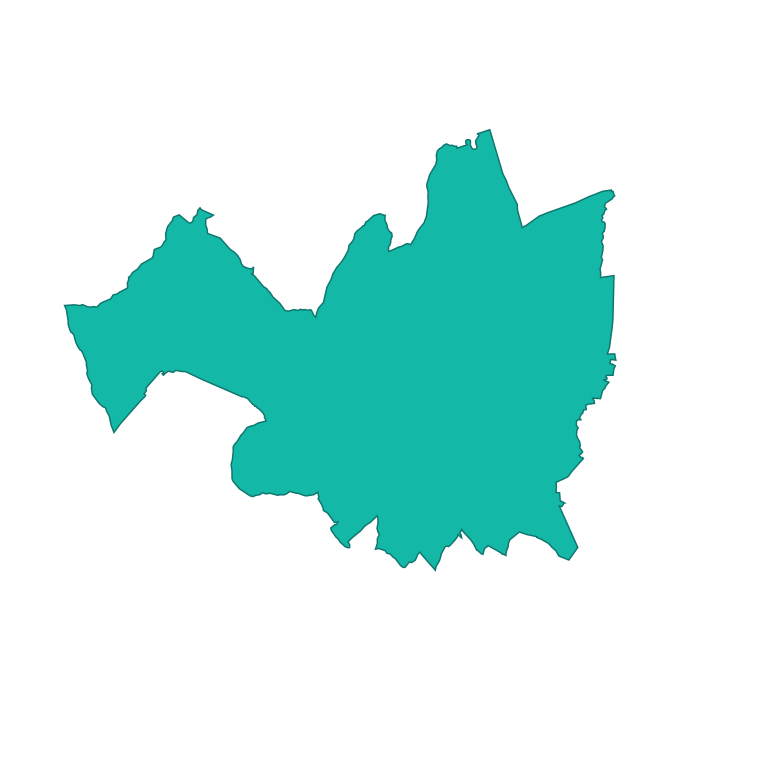 outline of Scorteni, Prahova, Romania, rotated 251°
{"feature_id": "2599482B36968704227514", "entity_name": "Scorteni", "entity_type": "district", "adm_level": 2, "iso_a3": "ROU", "parent_name": "Romania", "parent_adm1": "Prahova", "projection": "equal_earth", "projection_center": [25.859, 45.105], "detail": "fine", "context": "isolated", "style": "filled", "palette": "teal", "viewbox_px": 768, "rotation_deg": 251, "n_neighbors": 0, "source": "geoboundaries", "source_scale": "gbopen_adm2", "svg_char_len": 6171}
<svg xmlns="http://www.w3.org/2000/svg" viewBox="0 0 768 768"><g transform="rotate(251 384 384)"><path d="M495.0,653.7L494.4,638.5L492.9,623.6L492.7,594.6L492.2,585.4L487.8,570.8L486.9,565.7L504.9,566.8L510.6,568.5L528.9,566.0L536.8,565.8L544.0,564.8L590.0,566.8L590.2,553.2L589.3,554.8L588.0,554.6L584.2,549.9L581.3,549.1L577.8,549.2L576.9,548.5L576.3,547.0L576.8,544.9L578.1,544.0L581.7,543.4L585.7,544.9L586.9,544.5L587.8,542.6L587.8,541.2L587.3,540.5L585.1,539.9L583.2,540.4L583.1,539.0L583.2,529.7L585.2,530.1L585.9,527.9L587.4,526.4L588.1,523.9L590.7,521.2L590.2,517.8L589.0,515.9L588.3,512.9L587.0,510.4L583.6,508.1L578.4,506.7L574.6,504.3L567.1,495.4L559.0,489.6L557.0,488.8L551.1,488.3L546.2,486.3L541.5,485.1L528.6,478.6L523.4,474.4L519.3,467.9L516.9,464.9L511.8,460.3L507.0,454.5L508.4,453.2L509.3,451.1L508.4,445.6L508.7,442.4L507.8,434.1L507.9,431.5L512.1,432.9L513.5,434.8L516.0,436.6L517.7,437.1L520.8,439.6L523.2,440.3L524.5,440.3L526.4,438.9L529.6,438.1L534.7,438.6L538.5,438.1L543.2,440.0L543.5,438.9L545.7,436.5L546.4,434.9L546.6,428.9L543.3,421.3L543.2,419.7L540.4,417.2L540.4,415.6L539.1,413.2L537.6,408.5L535.6,405.4L531.6,403.1L529.5,401.1L526.5,396.0L522.2,393.8L517.0,388.3L513.2,383.5L509.6,377.3L504.6,371.4L500.5,368.4L494.0,361.5L480.8,353.3L477.2,346.9L473.1,343.5L469.3,341.1L471.4,340.0L477.1,339.4L478.1,338.8L478.7,335.6L480.1,333.5L480.6,331.1L481.8,329.5L481.6,326.5L483.6,323.2L484.0,317.2L485.8,314.3L494.5,311.6L502.4,307.3L507.6,306.1L510.0,304.7L512.0,304.3L515.4,301.7L528.4,296.7L530.8,294.7L531.2,294.6L531.3,295.0L530.6,295.3L530.6,295.9L536.6,298.6L536.9,298.3L535.8,296.4L537.4,293.4L540.9,289.3L544.2,288.3L548.6,288.5L553.3,287.4L557.0,285.6L561.5,282.3L575.3,276.6L583.8,266.2L588.2,267.2L592.5,267.2L598.0,269.2L598.4,272.0L598.3,274.2L599.2,277.7L607.2,269.1L608.6,267.9L610.5,267.4L608.7,264.5L604.8,262.2L603.5,258.2L600.1,256.2L599.1,253.6L600.1,251.8L610.6,245.4L610.4,239.7L609.3,238.3L607.7,237.4L603.2,230.6L597.3,226.5L591.6,224.9L590.9,224.2L589.6,221.9L586.9,219.2L586.2,217.6L585.9,210.5L580.2,207.4L578.7,206.0L576.3,193.6L572.8,188.2L571.3,182.6L568.9,179.7L568.0,177.2L565.8,176.6L562.8,174.1L559.1,173.2L558.2,172.4L556.9,163.8L556.0,161.1L556.4,156.9L553.5,153.3L552.9,144.4L552.4,141.9L550.3,137.9L551.8,134.2L552.2,131.6L553.6,128.8L557.3,124.7L557.1,122.2L559.7,116.9L562.2,107.5L557.8,107.9L546.4,105.9L543.2,104.8L537.9,104.6L535.0,104.8L533.8,105.8L531.2,106.7L524.6,106.2L519.6,106.6L515.7,107.5L513.6,108.8L511.6,109.2L501.3,109.7L499.0,108.8L493.3,108.1L491.7,106.9L489.6,106.3L485.1,106.4L478.2,107.5L475.6,106.1L469.2,104.9L458.7,108.2L454.0,110.9L452.5,112.6L451.3,113.1L448.6,112.8L443.3,113.8L434.0,112.6L426.1,112.9L432.5,122.2L446.7,147.2L450.1,154.1L451.0,154.9L453.0,153.9L454.8,157.0L457.7,157.7L468.4,176.3L468.4,178.7L467.9,179.3L466.3,179.2L465.9,177.6L464.1,178.3L465.5,181.0L466.2,183.9L465.9,185.1L463.8,188.1L463.8,189.4L464.6,191.0L464.6,191.7L461.5,197.2L460.3,200.4L447.5,213.5L418.2,245.5L417.9,246.6L414.9,250.2L407.7,253.2L406.1,254.5L405.0,254.5L404.8,255.6L403.1,256.1L401.1,257.7L396.1,260.2L393.5,260.7L391.3,260.2L387.3,260.5L388.1,252.5L387.2,247.1L387.6,244.7L387.4,240.3L383.3,234.5L382.1,232.0L377.9,227.1L375.3,222.6L373.4,220.8L369.5,219.6L361.6,215.9L357.8,213.3L351.4,212.0L344.0,209.5L341.0,209.7L332.0,213.2L323.7,219.5L321.2,221.7L320.2,223.7L320.5,226.3L319.8,230.5L320.6,234.0L318.6,236.5L317.7,240.9L313.5,247.1L312.9,250.5L311.9,252.8L311.7,255.0L313.0,260.1L310.0,264.3L308.1,267.9L304.4,272.4L303.4,274.5L302.2,281.7L303.2,286.2L297.8,285.5L297.0,284.3L290.7,285.7L285.9,286.0L284.2,285.5L280.5,288.6L269.6,291.9L269.1,292.5L268.7,295.5L266.6,293.5L267.1,292.1L265.2,286.8L262.9,286.5L254.8,288.8L252.8,290.0L248.1,291.4L242.7,294.4L241.1,296.3L240.5,298.2L243.2,299.2L246.5,298.7L248.9,303.6L252.8,314.1L255.6,319.0L256.8,322.2L257.4,325.4L261.5,334.5L259.2,334.5L254.7,333.2L249.8,330.4L245.9,330.1L243.2,330.6L239.8,327.3L235.2,325.7L230.6,322.1L230.2,325.5L225.9,331.0L223.1,331.6L221.3,334.4L217.4,336.2L215.2,337.9L207.4,340.4L205.1,341.7L204.2,342.9L203.7,344.1L207.4,349.9L206.4,351.4L206.4,353.3L207.4,356.4L212.0,360.6L213.4,362.9L191.2,371.9L194.7,373.9L198.7,378.8L205.1,383.3L210.0,388.5L210.4,389.6L210.0,391.5L209.3,392.0L209.9,393.9L213.4,400.5L215.7,403.6L217.4,404.9L213.3,407.3L216.3,407.8L217.6,407.3L219.0,407.4L219.3,408.4L221.2,410.2L217.7,411.2L208.4,415.3L203.8,416.6L196.5,417.6L196.4,418.2L191.7,420.8L190.8,422.1L195.1,425.0L196.1,426.4L196.7,428.9L197.4,429.8L186.9,439.1L184.5,440.5L183.9,441.8L182.2,443.5L184.1,444.1L187.7,446.5L189.7,448.4L192.5,449.6L195.7,452.1L200.0,463.8L195.0,470.3L189.9,478.9L189.3,478.5L185.4,482.7L179.6,487.7L174.6,489.8L170.4,492.2L164.3,493.4L157.4,501.5L166.4,514.0L211.6,510.0L210.4,511.9L210.4,512.7L212.8,515.3L212.7,516.0L216.3,512.6L224.0,514.6L225.4,511.3L231.7,513.9L235.0,514.6L236.3,527.2L236.7,528.3L240.1,533.0L248.7,548.3L249.9,547.6L250.0,546.6L253.1,545.2L254.1,548.3L255.1,549.7L260.2,548.3L261.6,549.4L265.7,550.2L269.5,549.4L273.1,549.4L277.9,551.5L279.1,553.3L282.2,552.4L285.9,553.7L287.1,555.6L286.1,558.5L286.6,558.6L287.3,557.7L288.2,557.8L291.6,561.2L291.5,562.3L294.4,564.0L294.0,566.6L294.3,567.1L297.3,567.5L298.3,568.5L298.5,570.9L297.8,572.9L297.2,576.7L300.0,577.2L302.8,576.6L299.7,583.9L306.8,588.7L307.9,591.4L309.8,592.9L312.5,597.2L316.1,593.0L316.4,593.2L316.0,595.0L316.1,596.4L317.5,596.8L318.6,596.0L319.2,596.1L319.6,597.7L317.7,603.4L323.1,606.0L325.9,608.6L328.3,606.5L329.7,604.4L333.4,606.3L331.1,611.0L334.6,611.3L336.7,612.0L337.4,611.8L339.5,605.1L340.5,605.5L345.0,609.0L363.7,618.4L371.2,621.7L411.6,636.7L414.2,623.3L418.3,625.0L422.3,625.7L430.3,631.1L433.0,630.7L438.9,634.4L443.4,636.2L448.0,635.9L450.5,638.7L452.9,639.5L455.2,639.4L455.9,639.9L456.6,642.0L457.7,642.2L458.8,643.4L461.9,644.6L463.5,645.2L465.2,645.0L466.7,643.2L467.4,642.9L468.2,643.1L469.8,645.0L472.6,645.0L472.6,646.0L473.4,647.3L476.7,649.6L476.6,651.2L477.3,651.3L480.0,650.1L482.9,652.4L484.7,659.8L486.2,661.8L486.8,663.4L488.3,663.0L491.5,663.3L491.9,662.9L492.0,661.6L493.4,662.0L495.0,653.7Z" fill="#14b8a6" stroke="#0f766e" stroke-width="1.5"/></g></svg>